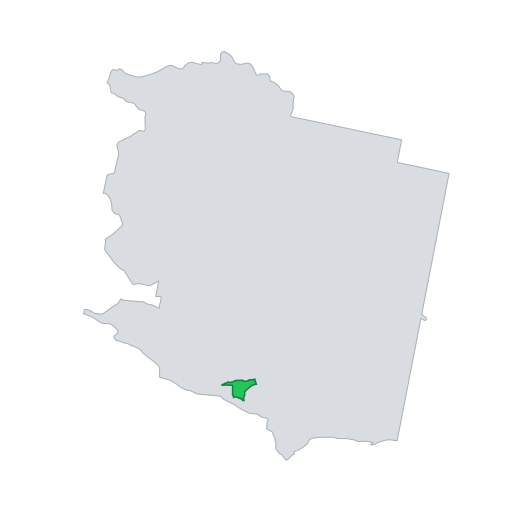 location of Reifi Aroma, Kassala, Sudan, rotated 101°
{"feature_id": "16777658B59678801632413", "entity_name": "Reifi Aroma", "entity_type": "district", "adm_level": 2, "iso_a3": "SDN", "parent_name": "Sudan", "parent_adm1": "Kassala", "projection": "robinson", "projection_center": [35.864, 15.736], "detail": "fine", "context": "in_parent", "style": "filled", "palette": "green", "viewbox_px": 512, "rotation_deg": 101, "n_neighbors": 0, "source": "geoboundaries", "source_scale": "gbopen_adm2", "svg_char_len": 5179}
<svg xmlns="http://www.w3.org/2000/svg" viewBox="0 0 512 512"><g transform="rotate(101 256 256)"><path d="M345.7,414.2L341.4,414.2L340.9,413.0L341.0,409.8L341.5,407.4L343.1,403.6L342.7,401.5L342.9,398.5L341.8,395.1L331.4,385.4L329.3,382.7L323.7,380.2L324.7,377.4L322.5,357.4L323.6,355.1L323.9,351.6L323.9,348.5L325.3,343.4L325.4,341.2L314.3,341.1L314.2,343.3L314.7,345.7L314.7,346.7L299.2,346.8L305.4,354.6L305.6,358.1L305.3,362.4L305.4,365.1L305.7,366.9L307.4,370.4L307.2,371.1L306.9,371.9L295.9,382.4L294.0,387.3L292.5,389.8L289.3,394.1L279.3,405.3L277.6,406.0L270.0,406.4L269.3,406.7L268.7,407.2L268.3,407.1L261.8,400.5L250.9,392.6L243.6,396.7L241.6,398.2L241.5,402.0L240.4,404.0L238.5,406.1L233.1,407.4L230.3,408.6L227.0,410.7L223.7,414.3L223.4,416.1L223.8,417.8L205.2,417.7L204.0,416.4L201.4,410.5L199.5,410.9L182.6,410.2L180.1,410.8L175.3,413.2L172.9,413.6L170.4,412.5L161.5,400.8L159.6,399.5L157.6,396.7L155.8,395.5L155.1,394.6L154.9,393.3L155.0,390.8L154.4,389.2L153.0,388.8L141.0,391.5L139.3,391.2L136.8,391.7L135.9,392.2L134.9,393.7L134.7,396.9L134.4,398.5L133.5,400.2L130.0,404.2L129.3,405.9L129.4,410.3L129.2,412.5L128.6,413.5L127.1,415.2L126.6,416.1L126.0,421.7L124.1,425.1L123.6,426.3L123.5,428.7L123.2,429.4L117.8,431.4L115.8,432.6L114.5,434.5L114.2,435.3L111.9,434.6L109.0,434.1L103.3,433.5L101.1,432.6L100.0,431.3L100.4,427.9L99.8,427.2L98.9,426.6L98.3,425.1L98.5,423.4L101.5,419.5L102.1,417.4L103.0,407.6L102.7,404.6L100.4,399.1L95.1,389.7L93.8,387.8L87.1,380.0L86.4,378.9L84.8,375.6L86.7,368.4L86.8,366.4L86.4,364.3L84.7,362.8L83.1,362.6L81.2,360.7L79.9,359.8L78.7,358.1L78.0,355.7L78.6,347.2L78.3,346.1L76.5,345.8L76.1,345.2L76.2,343.5L75.4,338.7L74.4,334.7L75.0,332.5L73.5,329.5L70.8,328.2L65.4,329.2L63.7,329.0L62.5,328.4L61.8,327.3L61.4,326.0L61.8,324.1L63.3,320.4L65.3,317.5L69.2,314.8L70.3,313.3L70.9,311.7L71.0,309.9L70.8,308.0L70.4,306.2L69.3,303.9L68.2,301.1L68.2,299.3L68.8,298.0L69.8,296.4L73.7,293.2L77.7,290.6L78.4,289.7L78.2,288.6L76.4,286.5L75.8,282.3L74.9,279.4L76.9,277.2L78.4,276.4L80.7,275.8L81.6,274.8L81.9,273.1L81.9,271.4L82.7,270.2L83.9,267.5L84.8,266.3L87.9,263.2L88.6,261.2L88.8,259.3L88.1,253.4L89.9,250.9L92.1,248.9L95.3,249.0L100.3,248.6L103.7,247.7L106.1,247.8L111.6,248.9L112.2,248.4L112.5,246.8L114.2,135.2L136.9,135.2L137.2,135.0L138.1,82.2L280.8,82.2L281.9,82.0L284.2,77.1L285.2,76.7L286.6,77.0L287.1,78.2L285.9,82.2L410.4,82.2L410.7,88.2L411.7,93.0L415.3,99.9L418.3,103.6L419.3,105.7L419.4,106.6L419.3,107.5L418.4,106.5L416.9,105.8L416.6,109.0L417.4,115.7L418.7,120.3L417.8,124.6L417.9,131.9L419.5,140.6L419.2,146.1L421.8,159.1L424.4,166.3L425.8,168.1L427.3,169.0L430.3,169.6L434.8,173.3L438.3,177.2L439.5,179.2L441.2,181.4L442.4,181.0L443.1,180.4L444.3,182.2L449.8,186.1L450.6,187.9L448.7,189.7L446.4,192.7L445.2,195.5L444.6,196.4L442.8,198.2L442.5,199.0L441.7,199.6L440.8,199.6L438.9,200.6L437.2,200.3L435.5,200.8L434.8,201.5L433.5,202.1L431.6,202.4L428.7,204.8L426.2,205.9L425.3,206.9L424.0,211.6L423.1,212.9L419.3,213.0L417.5,213.4L415.0,212.9L413.8,213.0L413.5,214.0L413.0,218.1L413.1,219.8L411.0,224.5L411.6,233.2L409.6,239.7L409.3,241.2L407.3,246.3L406.2,248.3L403.6,257.9L402.6,260.9L400.4,264.0L402.7,287.2L400.8,294.3L400.9,298.2L399.6,303.9L398.5,306.5L396.9,309.7L395.4,313.3L394.2,318.0L393.4,326.9L393.0,327.7L386.3,328.8L384.2,329.5L382.8,330.4L381.1,332.7L377.7,339.0L375.9,342.8L373.1,348.1L369.9,351.8L369.2,353.6L368.6,357.0L367.4,362.3L366.3,366.1L366.5,369.2L365.5,374.5L365.6,377.0L364.5,378.5L363.0,379.8L361.9,380.2L357.3,376.6L354.0,379.1L352.0,382.5L350.4,386.0L351.3,393.3L351.2,394.9L350.7,396.6L347.6,403.8L346.7,407.1L345.8,412.8L345.7,414.2Z" fill="#d9dde1" stroke="#a8b0b8" stroke-width="1"/><path d="M377.0,233.8L377.8,234.5L378.0,235.1L378.2,235.5L378.2,235.9L378.1,236.3L378.5,237.2L378.6,237.3L378.6,237.5L378.7,237.9L378.8,238.1L378.8,238.8L378.8,239.1L379.8,239.5L380.1,240.3L380.1,240.7L380.2,240.8L380.4,241.0L380.8,241.3L380.9,242.1L381.1,243.0L380.9,243.6L381.3,244.2L381.2,244.7L380.6,245.2L380.6,245.4L380.9,245.7L380.6,246.3L380.6,246.7L381.1,247.5L381.1,248.4L381.6,249.5L381.5,250.0L381.8,250.4L381.7,251.3L382.0,252.0L382.6,252.7L382.6,253.2L383.7,254.3L384.1,254.8L384.4,255.8L384.9,256.7L384.9,257.0L385.1,257.4L384.9,259.0L385.3,259.8L385.9,260.1L386.0,260.2L386.1,260.4L386.2,260.5L386.4,261.2L386.7,261.8L386.8,262.1L387.1,262.4L387.3,262.6L387.5,262.7L387.8,262.9L387.9,263.3L388.1,263.7L388.1,263.8L388.5,264.1L388.7,264.3L388.8,264.4L389.0,264.7L389.1,264.8L389.3,264.6L389.3,263.7L389.2,263.6L388.8,263.1L388.7,262.5L388.1,259.0L387.5,254.6L387.6,254.3L388.9,254.0L393.8,253.1L394.6,252.9L396.0,252.7L396.5,252.7L396.9,252.4L397.2,251.9L397.3,251.7L397.6,251.5L397.8,251.4L398.3,251.4L398.9,251.2L399.1,251.1L398.6,250.2L398.0,248.6L398.2,247.7L398.4,247.2L398.3,246.8L398.8,246.1L398.4,244.5L399.2,244.0L398.8,242.5L400.4,241.6L400.1,240.2L399.3,240.5L397.0,241.2L396.6,241.2L396.4,241.1L395.4,240.5L394.7,240.5L394.3,240.6L393.0,240.9L391.6,241.2L389.9,240.3L389.9,240.2L389.7,240.1L387.7,238.5L386.0,237.1L384.4,235.8L384.3,235.7L383.7,234.8L382.2,232.6L381.9,231.7L381.8,231.2L377.0,233.8L377.0,233.8Z" fill="#22c55e" stroke="#15803d" stroke-width="1.5"/></g></svg>